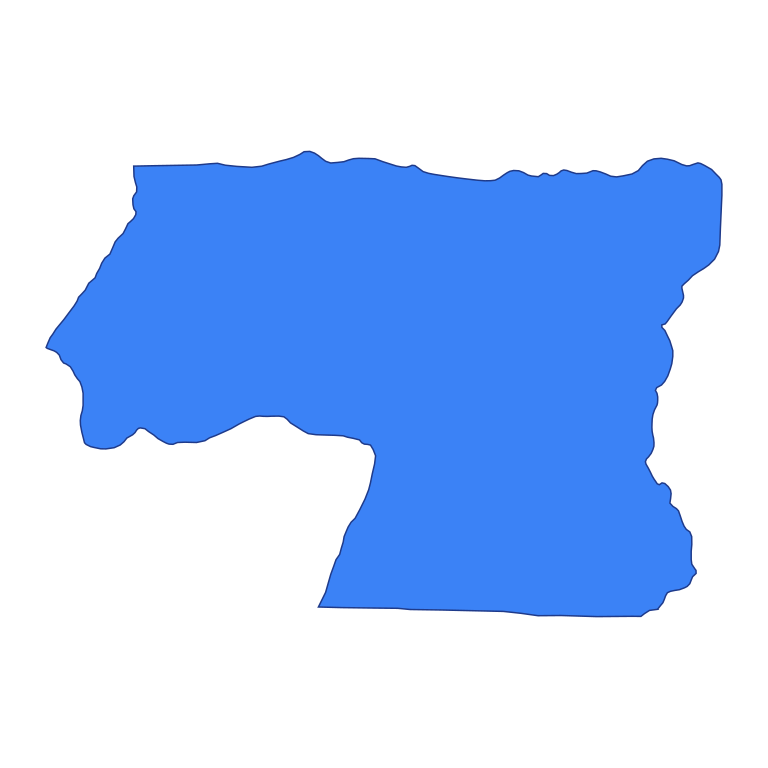 Haut-Ntem, Wouleu-Ntem, Gabon
{"feature_id": "22940354B67631152101375", "entity_name": "Haut-Ntem", "entity_type": "district", "adm_level": 2, "iso_a3": "GAB", "parent_name": "Gabon", "parent_adm1": "Wouleu-Ntem", "projection": "orthographic", "projection_center": [12.589, 1.764], "detail": "fine", "context": "isolated", "style": "filled", "palette": "blue", "viewbox_px": 768, "rotation_deg": 0, "n_neighbors": 0, "source": "geoboundaries", "source_scale": "gbopen_adm2", "svg_char_len": 4452}
<svg xmlns="http://www.w3.org/2000/svg" viewBox="0 0 768 768"><path d="M46.1,347.5L47.3,348.4L50.3,349.5L54.2,350.9L56.7,352.4L59.3,355.1L60.3,357.8L61.0,359.7L63.6,363.0L66.0,363.9L70.3,366.7L73.0,371.0L74.8,374.9L77.4,378.7L79.9,381.6L81.9,387.0L83.1,393.2L83.1,399.6L83.1,405.4L82.3,410.8L80.9,415.5L80.3,420.5L80.5,425.1L81.9,432.4L83.3,437.9L84.5,442.7L86.1,444.4L90.5,446.6L93.8,447.4L100.6,448.8L105.9,448.9L114.2,447.7L120.2,445.0L124.0,441.7L126.9,438.0L132.6,434.8L135.0,432.6L136.7,430.0L138.4,428.4L140.3,427.9L145.0,428.7L148.5,431.5L153.8,435.0L158.0,438.6L162.9,441.4L166.4,443.2L169.0,444.1L173.0,444.3L177.5,442.5L185.0,442.2L196.5,442.5L205.0,440.7L209.6,437.8L215.5,435.6L223.2,432.2L230.9,428.7L239.1,424.0L244.1,421.5L249.3,419.0L255.6,416.4L259.6,416.0L263.1,416.3L267.4,416.4L271.5,416.2L278.9,416.1L283.9,416.8L287.1,419.2L290.5,422.9L296.9,426.9L303.2,430.9L308.2,433.6L316.0,434.7L324.8,435.0L334.9,435.3L343.2,435.8L347.5,437.2L353.1,438.3L359.5,439.9L361.7,442.7L364.3,444.1L367.7,444.4L370.5,445.1L373.2,449.6L375.6,455.8L374.6,463.9L372.3,473.7L370.4,483.1L368.7,489.7L365.0,499.1L359.7,509.8L355.1,518.3L351.1,522.2L348.2,526.9L346.8,530.1L344.1,536.6L343.2,542.1L341.3,548.3L339.7,554.4L336.0,559.7L333.8,566.0L330.8,574.2L328.1,583.6L325.6,592.4L318.4,607.0L341.9,607.6L371.0,608.0L397.7,608.3L410.1,609.5L442.2,610.0L503.3,611.4L520.9,613.3L538.0,615.7L560.9,615.5L596.9,616.6L632.6,616.3L640.9,616.4L644.5,613.6L649.5,610.4L657.7,609.3L657.6,609.2L660.4,605.7L662.9,602.7L664.3,599.4L665.6,595.8L667.4,592.7L670.5,591.3L674.9,590.4L679.4,589.7L684.5,587.8L687.2,586.4L689.8,583.7L691.4,579.6L692.6,576.7L696.1,573.4L696.0,570.4L694.6,568.5L691.8,564.2L691.2,559.5L691.2,551.4L691.8,544.5L691.7,536.6L689.8,531.9L686.3,529.4L684.1,526.2L682.1,521.5L680.2,515.7L678.5,510.9L676.4,508.6L672.9,506.4L669.9,503.1L670.6,498.5L671.1,493.7L670.5,490.1L668.2,486.6L664.8,483.5L662.0,482.9L659.3,484.7L657.2,483.8L655.9,481.8L654.1,479.2L652.3,476.2L650.3,472.0L648.3,468.1L646.0,464.1L645.4,461.7L646.5,458.9L648.5,456.9L651.2,453.3L652.9,449.5L653.9,446.3L654.0,442.7L653.5,437.9L652.8,435.1L652.1,431.1L651.9,427.3L652.0,423.5L652.2,419.1L652.9,414.6L654.5,409.9L655.9,407.2L657.0,405.1L657.5,403.0L657.7,400.4L657.7,396.9L657.0,393.3L655.4,390.4L656.7,387.6L661.5,385.0L664.7,381.4L667.8,375.9L670.3,368.9L671.8,363.7L672.8,356.4L672.8,350.7L671.6,346.5L669.8,340.7L667.4,335.8L664.9,330.5L661.9,327.4L661.8,324.9L665.2,323.9L667.2,321.5L671.0,316.1L676.5,308.7L680.2,305.0L682.1,302.0L683.5,298.0L683.5,295.4L682.6,291.4L681.9,288.2L681.9,286.2L684.1,283.9L688.3,280.2L692.5,275.7L698.3,271.8L704.2,268.2L708.8,264.9L714.6,259.1L718.5,251.5L719.8,245.1L720.4,228.5L721.5,203.7L721.9,195.2L721.9,184.3L721.0,179.8L719.2,177.3L716.0,174.1L711.6,169.5L704.8,165.6L700.6,163.5L697.9,162.9L692.9,164.5L689.7,165.7L686.6,165.9L681.8,164.5L678.7,163.0L674.2,160.8L667.4,159.2L661.1,158.3L653.9,158.9L647.4,161.2L642.5,165.6L638.3,170.6L632.0,174.0L623.0,175.9L616.5,176.9L610.7,176.2L605.8,174.0L600.2,171.9L596.1,170.8L593.0,170.7L586.8,173.1L581.2,173.5L576.3,173.6L571.4,172.2L566.9,170.5L563.7,170.0L561.1,170.9L559.2,172.6L556.8,174.2L553.5,175.6L549.5,175.4L546.7,173.6L543.2,173.4L541.3,174.8L538.3,176.7L531.5,176.0L528.0,175.1L523.6,172.6L518.9,170.8L513.7,170.5L509.9,171.3L507.2,172.7L503.7,175.0L499.6,178.0L495.2,180.2L490.6,180.7L484.9,180.8L477.3,180.2L466.0,178.9L457.1,177.8L447.8,176.5L440.6,175.4L434.2,174.4L428.5,173.3L423.1,171.6L418.4,168.1L414.9,165.6L412.0,165.3L409.8,166.3L406.3,167.3L401.2,166.9L396.4,166.0L390.1,164.0L382.9,161.7L375.0,158.8L368.6,158.5L358.9,158.3L353.4,158.7L348.7,160.0L343.9,161.7L337.9,162.4L330.7,163.0L325.7,161.3L321.9,158.5L318.5,155.7L314.5,153.1L309.8,151.4L304.1,151.7L299.9,154.4L293.5,157.4L286.2,159.6L280.2,161.0L268.5,164.1L261.7,166.2L251.9,167.3L236.9,166.4L225.3,165.2L217.5,163.3L209.8,163.8L196.7,165.0L155.1,165.7L134.6,166.1L133.7,166.1L134.0,176.5L135.5,182.8L136.8,187.0L136.6,191.9L133.8,195.7L132.7,198.8L133.0,204.8L133.9,208.8L136.0,211.7L135.8,214.6L133.5,218.6L130.6,221.4L128.0,223.6L125.5,228.9L123.1,233.5L118.1,238.2L115.2,241.8L112.4,248.4L109.9,254.1L104.9,258.1L101.7,263.2L99.7,268.3L96.7,273.5L95.1,277.8L92.1,280.4L88.8,283.2L87.3,286.1L85.2,290.2L81.8,293.9L78.6,297.2L77.1,301.1L74.1,305.9L68.6,313.2L64.0,319.4L56.0,329.1L52.7,334.3L50.2,337.7L47.8,343.2L46.1,347.5L46.1,347.5Z" fill="#3b82f6" stroke="#1e3a8a" stroke-width="1.5"/></svg>